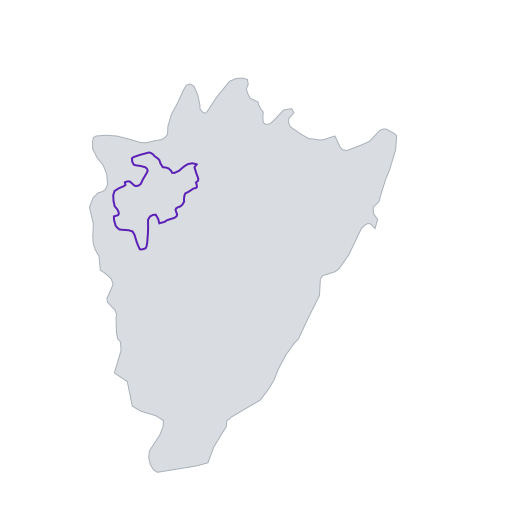 Tuzla on a map of Bosnia and Herzegovina (Equal Earth projection), rotated 253°
{"feature_id": "BIH-2887", "entity_name": "Tuzla", "entity_type": "Canton", "adm_level": 1, "iso_a3": "BIH", "parent_name": "Bosnia and Herzegovina", "parent_adm1": "", "projection": "equal_earth", "projection_center": [18.577, 44.534], "detail": "fine", "context": "in_parent", "style": "outline", "palette": "violet", "viewbox_px": 512, "rotation_deg": 253, "n_neighbors": 0, "source": "natural_earth", "source_scale": "10m", "svg_char_len": 3258}
<svg xmlns="http://www.w3.org/2000/svg" viewBox="0 0 512 512"><g transform="rotate(253 256 256)"><path d="M416.7,135.2L417.5,138.0L415.4,147.6L411.4,158.0L404.9,168.8L398.1,179.0L396.3,184.4L395.8,193.0L395.0,199.8L395.9,203.5L398.2,207.0L405.8,209.7L416.1,216.5L424.9,225.4L436.2,235.5L439.7,239.2L439.7,243.3L436.5,246.3L426.9,247.4L416.9,246.5L413.0,245.5L409.5,246.7L407.3,249.0L408.5,251.7L418.8,264.0L430.8,281.7L431.5,289.3L430.0,295.3L427.3,299.4L422.3,298.7L418.5,295.5L412.8,295.7L408.4,296.6L402.6,303.0L399.7,302.7L394.7,303.7L391.6,305.0L386.6,303.1L381.4,301.9L379.1,303.8L378.1,307.6L381.4,314.4L387.5,325.1L386.5,333.2L381.9,334.1L377.7,327.3L373.9,326.2L369.6,326.5L359.8,334.3L352.6,341.0L350.9,345.6L348.3,350.7L347.5,354.3L347.7,366.5L334.6,368.5L331.9,370.3L330.3,374.0L331.4,389.7L332.5,398.1L339.9,411.1L340.2,415.2L339.1,417.9L333.8,423.1L331.3,425.0L329.6,425.6L320.9,422.2L316.8,420.6L299.4,409.0L291.7,402.6L279.6,394.3L272.1,389.5L268.3,382.3L262.3,380.7L255.3,383.0L247.4,377.8L253.0,375.1L254.4,372.5L253.7,369.2L251.3,364.6L229.9,345.0L219.5,331.6L217.8,326.8L217.7,314.0L215.3,310.9L199.6,305.1L182.2,288.5L164.2,272.3L161.8,267.7L152.6,255.5L141.3,244.3L132.4,237.2L125.0,229.1L116.9,217.8L112.9,200.8L109.3,185.7L106.8,179.8L101.7,177.8L85.8,159.9L72.3,149.5L72.6,138.3L75.1,119.6L78.0,98.4L81.3,95.5L87.6,93.9L94.7,94.5L100.8,97.1L112.9,111.6L119.8,117.2L125.8,119.4L132.7,113.3L141.2,100.5L148.6,93.8L173.4,96.2L185.6,86.4L205.1,99.3L213.2,101.3L217.8,99.5L224.0,100.3L237.8,104.1L241.0,105.7L245.1,105.4L255.4,100.4L258.8,101.0L270.5,110.9L276.3,111.0L283.4,106.7L288.0,103.0L301.4,105.8L309.0,104.1L315.4,104.0L322.3,105.6L328.6,107.9L334.8,109.9L351.3,111.0L359.3,117.3L362.5,123.3L362.5,127.0L363.3,131.0L367.9,135.0L377.9,137.2L384.2,136.7L387.5,136.4L396.0,132.9L406.1,131.1L413.3,133.2L416.7,135.2Z" fill="#d9dde1" stroke="#a8b0b8" stroke-width="1"/><path d="M315.5,173.1L319.9,173.3L324.8,172.2L325.4,169.4L324.8,166.2L322.2,163.3L318.0,162.1L314.0,160.9L309.3,159.3L305.3,157.7L301.1,156.1L297.1,154.1L295.6,152.5L295.6,149.0L296.3,146.9L300.2,146.3L304.3,146.0L311.8,146.0L315.6,145.1L317.9,141.7L320.0,136.2L321.3,133.1L323.8,131.5L326.1,130.6L332.1,130.8L335.4,131.7L335.4,134.6L335.4,136.0L336.5,137.2L339.0,137.4L341.4,136.9L344.8,135.4L350.1,135.8L355.8,137.2L359.5,139.7L360.9,144.8L361.4,149.8L362.1,151.9L364.8,152.1L365.0,154.2L364.3,157.0L361.7,158.6L359.0,160.2L357.9,161.7L357.7,164.5L358.7,167.0L362.4,170.3L367.6,176.0L369.1,177.3L371.0,177.3L373.2,176.2L375.9,171.8L377.7,167.9L378.9,165.9L382.3,165.2L385.7,165.9L386.4,167.9L386.6,174.1L386.6,175.1L386.3,183.7L385.5,185.4L383.1,187.4L381.4,188.0L378.7,190.1L376.2,191.6L372.4,191.7L368.2,192.8L366.9,195.8L365.2,198.1L362.3,199.7L360.1,200.1L359.3,202.2L360.0,207.4L361.5,210.6L362.9,214.0L363.8,217.9L363.3,222.2L361.2,225.9L361.0,226.1L358.8,223.1L353.4,223.1L346.8,223.4L344.9,222.6L343.9,220.1L341.3,220.1L339.2,219.6L338.7,219.0L338.7,215.4L337.3,211.0L336.5,206.7L334.7,205.2L331.4,203.7L329.1,203.2L326.7,200.7L325.5,198.1L325.5,195.8L324.8,193.4L323.5,192.5L318.7,192.7L317.2,191.6L316.3,189.1L316.3,186.5L316.3,184.0L316.2,181.0L315.4,178.9L315.4,177.1L315.5,174.7L315.5,173.1Z" fill="none" stroke="#5b21b6" stroke-width="2"/></g></svg>